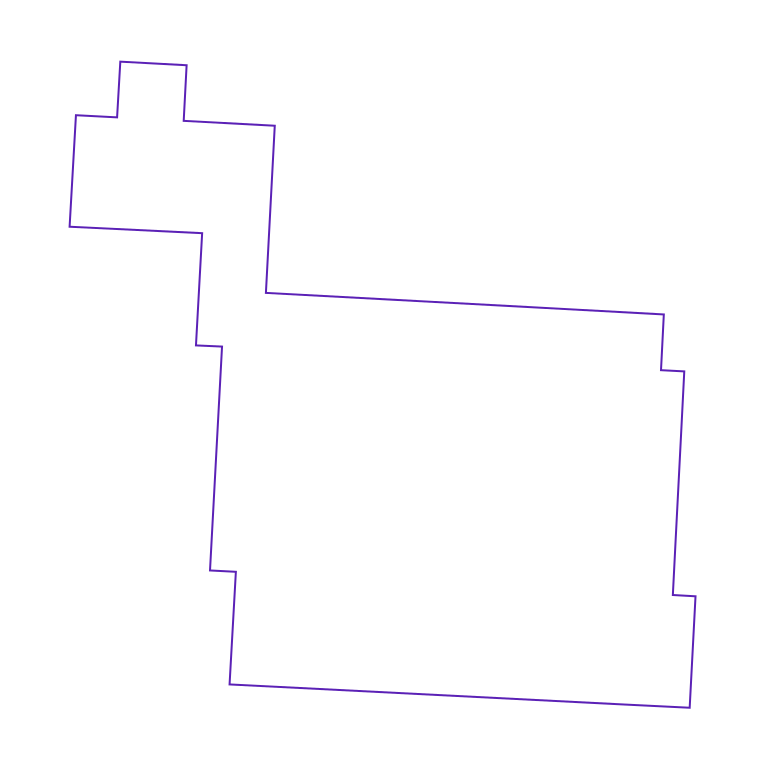 Ward, North Dakota, United States of America, rotated 3°
{"feature_id": "52423323B63405803062554", "entity_name": "Ward", "entity_type": "district", "adm_level": 2, "iso_a3": "USA", "parent_name": "United States of America", "parent_adm1": "North Dakota", "projection": "robinson", "projection_center": [-101.622, 48.327], "detail": "fine", "context": "isolated", "style": "outline", "palette": "violet", "viewbox_px": 768, "rotation_deg": 3, "n_neighbors": 0, "source": "geoboundaries", "source_scale": "gbopen_adm2", "svg_char_len": 471}
<svg xmlns="http://www.w3.org/2000/svg" viewBox="0 0 768 768"><g transform="rotate(3 384 384)"><path d="M170.2,76.0L103.8,75.9L103.5,131.7L62.3,131.7L61.8,243.4L194.5,242.9L194.2,355.3L220.3,355.1L220.0,579.3L245.9,579.3L245.5,692.1L640.4,691.5L706.2,691.3L706.2,579.7L683.5,579.6L683.4,523.9L683.3,412.2L683.2,355.7L659.9,355.7L659.8,299.9L526.8,299.6L393.8,299.4L261.3,299.2L261.4,131.8L170.2,131.7L170.2,76.0Z" fill="none" stroke="#5b21b6" stroke-width="2"/></g></svg>